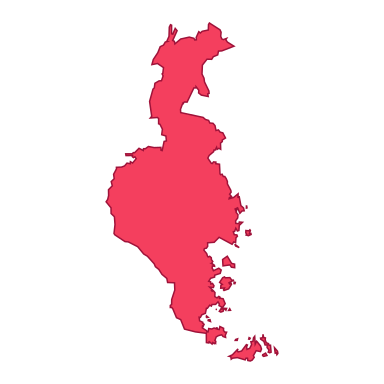 Pesawaran, Lampung, Indonesia
{"feature_id": "22746128B94381737455512", "entity_name": "Pesawaran", "entity_type": "district", "adm_level": 2, "iso_a3": "IDN", "parent_name": "Indonesia", "parent_adm1": "Lampung", "projection": "natural_earth1", "projection_center": [105.16, -5.482], "detail": "fine", "context": "isolated", "style": "filled", "palette": "rose", "viewbox_px": 384, "rotation_deg": 0, "n_neighbors": 0, "source": "geoboundaries", "source_scale": "gbopen_adm2", "svg_char_len": 6080}
<svg xmlns="http://www.w3.org/2000/svg" viewBox="0 0 384 384"><path d="M225.5,138.0L222.8,132.8L220.2,132.2L218.4,129.9L216.0,130.5L215.0,125.6L213.0,123.3L209.8,123.0L208.6,120.4L205.5,119.5L203.1,117.4L180.7,112.6L180.5,109.3L182.3,104.4L183.3,103.7L182.8,103.1L184.5,102.0L187.1,102.1L193.9,87.9L196.1,87.9L196.1,86.8L198.8,90.3L198.6,92.9L201.3,95.1L208.2,96.5L207.7,93.9L209.1,93.4L208.9,91.0L204.5,81.9L204.0,78.2L202.0,74.1L202.4,65.1L207.0,59.2L211.7,59.3L213.3,56.7L217.7,54.9L218.5,51.1L221.8,50.9L234.0,46.2L227.4,42.1L225.8,39.7L226.6,38.4L223.3,39.6L221.9,39.0L220.7,36.3L221.1,32.2L220.0,29.8L209.4,23.0L208.5,24.5L208.3,30.0L202.2,31.3L200.3,33.0L198.8,31.7L196.2,37.4L196.4,39.8L194.8,40.0L193.9,38.3L189.3,37.1L180.7,39.0L174.9,43.9L174.4,41.3L172.7,40.5L177.1,30.7L175.2,28.4L172.8,34.2L171.6,33.8L171.6,25.2L170.5,24.7L169.3,27.1L169.0,36.4L166.8,41.3L167.4,41.5L165.3,42.0L163.5,45.1L160.2,46.7L157.8,52.7L153.3,59.5L151.9,64.6L157.5,63.5L163.5,67.6L162.8,73.4L162.1,73.9L163.1,75.9L161.5,80.7L159.0,80.9L154.9,83.3L154.3,87.9L153.0,89.1L149.6,101.4L151.7,116.3L150.3,118.0L157.5,117.5L158.6,118.6L158.6,123.8L160.0,124.3L162.4,129.2L161.7,134.7L165.9,136.0L166.4,140.9L164.1,141.4L162.2,150.6L161.0,150.3L160.9,147.4L154.2,147.6L148.4,146.5L145.4,148.7L143.5,148.7L143.3,150.5L139.0,148.3L134.6,152.7L133.3,152.6L132.3,153.8L125.7,153.8L126.0,155.6L132.6,155.5L132.3,156.6L133.4,157.6L132.8,157.9L134.9,156.8L136.2,158.7L132.6,163.0L130.4,161.7L130.2,163.7L127.0,163.1L124.6,165.9L121.5,167.1L116.4,167.3L116.5,168.8L113.6,174.3L114.2,178.7L111.2,181.6L112.3,185.8L108.5,189.7L108.6,195.6L107.7,199.4L106.1,201.8L111.0,207.8L111.1,213.5L114.4,216.7L115.0,224.6L114.0,233.5L114.8,234.8L125.0,241.6L128.3,241.9L137.7,246.7L143.7,254.0L147.4,256.2L154.2,263.8L155.4,266.7L158.8,269.4L162.0,274.4L166.8,278.4L167.6,282.5L174.5,282.8L174.8,290.0L171.7,299.5L171.6,304.5L170.3,305.4L170.3,307.5L171.6,307.4L172.8,308.8L176.5,317.7L180.7,319.6L184.5,329.1L195.5,331.9L206.3,333.3L206.4,342.6L208.9,343.0L209.5,342.5L208.7,341.2L212.1,344.1L212.9,342.5L214.2,343.7L215.0,342.9L215.6,343.4L215.8,341.3L214.9,340.5L216.2,336.9L218.5,335.6L221.7,334.8L223.0,336.5L225.6,337.4L225.3,335.3L226.6,332.2L224.6,332.0L223.5,330.3L223.6,328.3L219.9,326.5L219.2,329.5L217.7,329.3L217.3,328.0L216.6,327.9L216.7,328.9L214.1,328.0L211.7,329.0L208.7,328.5L208.1,331.9L206.9,331.9L206.6,330.7L202.3,327.9L202.5,326.1L203.1,326.5L204.1,324.3L202.6,323.2L202.8,322.3L199.6,320.8L199.1,317.2L200.4,317.4L201.8,314.8L205.4,313.3L206.4,308.3L207.4,308.3L209.7,305.2L211.4,306.1L212.0,304.5L215.6,304.4L218.0,301.9L219.3,303.9L219.0,305.6L221.7,307.0L221.0,308.8L221.7,308.8L225.2,303.7L223.1,298.7L219.8,298.2L219.1,298.9L220.0,297.2L218.8,296.4L217.0,297.9L214.8,296.6L215.0,292.6L213.4,290.8L212.2,291.3L211.7,290.6L213.1,290.5L209.6,287.1L213.4,287.5L214.0,285.8L212.5,283.4L210.9,284.0L210.6,281.8L208.7,281.3L210.6,278.3L214.6,277.1L214.7,275.2L220.2,273.4L221.2,270.0L218.8,268.2L212.8,271.0L213.5,270.4L212.1,268.1L212.4,266.0L214.6,266.3L214.4,265.2L211.9,263.7L212.5,263.7L211.8,262.9L212.8,261.5L211.4,259.6L211.3,257.7L209.7,256.3L208.2,257.0L207.6,256.4L206.7,253.6L203.9,250.2L204.4,248.6L206.4,248.2L207.7,246.3L207.6,242.8L214.2,242.3L219.1,237.3L232.1,244.3L233.8,241.9L235.6,242.6L236.0,237.7L237.4,236.3L236.9,234.9L234.3,234.7L233.3,231.8L234.7,231.3L235.8,228.2L237.4,231.0L238.9,230.5L239.3,225.4L242.5,222.3L239.3,222.0L238.9,223.7L235.8,223.4L235.6,220.8L237.7,218.0L238.0,214.7L236.1,212.3L237.0,208.9L235.7,210.5L235.1,209.0L237.6,207.8L239.9,213.3L242.0,211.0L244.2,210.8L243.5,207.9L240.9,205.6L239.1,196.1L238.8,197.3L238.0,197.3L238.1,193.8L233.6,197.5L229.1,198.8L229.4,197.6L231.5,196.5L229.6,194.2L231.1,192.2L230.8,190.3L227.4,183.9L227.4,181.5L226.2,178.6L224.8,176.5L223.3,176.5L222.1,174.2L220.7,174.7L220.0,173.9L219.5,164.2L215.8,163.7L215.9,162.1L213.5,161.9L212.3,163.5L211.3,163.3L207.8,158.1L209.2,155.4L213.6,151.7L214.0,150.0L215.1,150.1L216.6,147.3L217.1,149.4L218.9,148.3L220.7,149.3L220.5,143.1L222.3,141.6L222.2,140.1L225.5,138.0ZM255.2,344.1L254.7,336.3L253.5,337.8L252.9,341.4L250.9,341.7L251.6,344.6L249.7,348.3L247.0,349.4L246.6,346.9L247.4,345.0L246.4,344.6L241.6,351.0L238.1,351.9L237.3,350.9L238.0,348.9L232.4,354.8L229.1,356.3L230.8,356.7L231.2,359.2L232.5,358.2L237.4,357.6L245.2,359.9L246.0,358.2L247.5,358.2L247.8,360.5L250.3,361.0L252.2,360.1L254.2,357.4L253.4,355.6L256.2,350.7L260.5,351.6L261.5,349.0L260.5,345.9L257.2,341.8L256.6,341.2L255.2,344.1ZM225.3,277.8L224.5,276.9L222.7,277.7L219.6,282.4L222.3,284.4L220.9,285.2L220.7,288.2L224.5,288.0L223.5,289.9L224.0,290.5L228.6,288.9L231.5,284.3L231.1,283.3L229.5,283.9L229.0,282.7L234.0,280.1L231.8,280.2L229.9,277.6L225.3,277.8ZM227.3,256.2L222.6,259.5L223.0,265.9L229.9,264.9L231.4,267.2L234.7,267.7L234.6,264.1L231.6,263.4L227.3,256.2ZM263.7,337.6L263.0,334.3L262.7,337.7L260.5,338.1L260.7,339.2L263.9,341.4L265.1,345.0L267.2,344.9L267.1,347.6L269.0,350.0L268.2,352.1L269.7,352.8L271.1,352.2L270.5,345.2L269.1,345.3L268.5,343.6L266.3,342.7L265.2,340.0L265.4,337.9L263.7,337.6ZM250.4,230.5L249.9,229.8L248.9,230.8L245.9,230.5L245.8,232.9L246.7,234.1L246.1,235.0L248.4,235.7L251.1,234.5L250.9,233.4L249.4,233.5L250.4,230.5ZM277.9,353.4L277.5,351.2L274.5,347.7L275.2,353.2L276.5,352.8L276.9,354.7L277.9,353.4ZM224.0,308.8L220.6,309.3L219.3,311.3L220.8,312.1L223.1,311.3L224.0,308.8ZM265.6,353.1L262.7,354.7L262.6,355.6L263.7,356.4L267.0,355.5L265.6,353.1ZM210.0,319.6L208.3,319.8L208.1,320.6L210.5,321.5L210.0,319.6ZM239.2,247.6L234.8,244.2L235.6,246.0L239.2,247.6ZM237.6,338.8L235.6,339.5L235.2,340.4L237.2,340.4L237.6,338.8ZM230.5,310.3L229.7,308.7L228.6,310.4L230.5,310.3ZM226.6,308.4L224.4,308.3L225.9,310.2L226.6,308.4ZM206.5,315.9L206.3,317.0L206.8,317.6L208.2,317.3L206.5,315.9ZM247.0,207.9L246.7,206.0L246.4,206.0L246.4,208.1L247.0,207.9ZM234.1,282.1L234.0,283.6L234.9,283.7L235.3,282.4L234.1,282.1ZM249.1,337.6L248.7,339.1L249.6,339.2L250.2,338.2L249.1,337.6ZM216.3,309.5L216.8,309.3L215.8,309.3L216.3,309.5Z" fill="#f43f5e" stroke="#9f1239" stroke-width="1.5"/></svg>